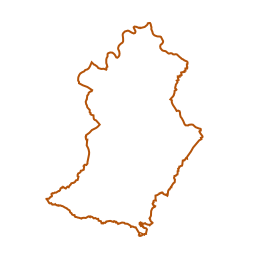 outline of Tha Maka, Kanchanaburi, Thailand, rotated 5°
{"feature_id": "78962969B86191185108320", "entity_name": "Tha Maka", "entity_type": "district", "adm_level": 2, "iso_a3": "THA", "parent_name": "Thailand", "parent_adm1": "Kanchanaburi", "projection": "albers", "projection_center": [99.774, 13.954], "detail": "fine", "context": "isolated", "style": "outline", "palette": "amber", "viewbox_px": 256, "rotation_deg": 5, "n_neighbors": 0, "source": "geoboundaries", "source_scale": "gbopen_adm2", "svg_char_len": 5795}
<svg xmlns="http://www.w3.org/2000/svg" viewBox="0 0 256 256"><g transform="rotate(5 128 128)"><path d="M200.6,122.8L200.3,122.5L198.8,122.3L195.3,121.3L192.4,119.1L190.8,119.0L188.5,119.5L187.7,120.2L185.1,120.3L183.9,119.1L182.5,116.3L180.7,113.6L179.4,112.2L178.5,109.3L178.6,108.6L177.9,106.8L176.4,106.3L175.0,106.8L173.6,104.7L170.8,101.2L169.9,99.7L169.3,98.3L169.3,96.6L167.7,95.8L168.8,94.2L170.3,92.4L170.4,91.8L170.9,91.0L170.8,90.4L171.2,89.4L171.2,86.8L171.6,86.4L172.4,86.2L172.9,85.6L172.4,84.9L171.5,84.2L171.5,83.2L171.8,82.2L171.9,80.6L173.3,78.2L173.3,77.5L172.5,76.5L174.2,75.7L173.2,73.4L173.1,72.3L174.9,72.5L174.8,71.5L175.9,71.3L175.8,70.9L176.8,70.5L176.1,68.1L177.4,67.6L178.5,67.5L178.7,67.2L179.4,67.2L179.4,66.1L180.3,65.9L180.0,63.7L180.8,63.5L181.0,63.7L181.6,63.6L181.5,62.8L181.8,62.7L181.6,61.5L181.3,61.3L181.1,59.4L181.5,59.3L181.7,59.0L181.6,57.3L180.8,56.5L178.2,55.7L177.2,55.0L175.3,54.3L174.6,53.6L173.3,52.8L170.4,50.5L169.2,50.3L167.7,50.7L166.5,50.7L165.6,50.0L164.9,49.8L163.8,49.8L162.8,50.2L162.1,50.3L161.4,50.0L159.0,48.3L158.2,48.1L156.4,48.0L155.3,47.6L153.4,45.7L152.9,43.7L153.3,42.2L154.3,41.4L154.9,40.6L155.4,39.4L155.4,38.4L152.9,34.4L152.1,34.1L149.4,34.2L148.4,34.0L146.3,33.4L145.0,32.4L144.4,31.5L144.0,30.2L142.6,27.5L142.6,25.8L142.4,25.1L141.9,24.0L141.6,22.7L140.8,21.5L140.0,21.5L138.6,22.0L138.6,22.6L138.1,23.6L135.8,25.9L131.5,27.4L131.3,27.0L130.2,27.1L130.0,27.3L127.6,26.5L125.6,26.4L124.9,27.1L124.9,27.5L127.0,30.9L127.0,31.7L126.7,32.7L125.5,33.3L123.5,32.7L120.4,31.2L119.4,31.0L116.5,32.1L115.0,33.9L114.6,35.0L114.6,35.9L115.3,39.1L115.6,41.9L115.5,42.4L115.0,43.5L113.7,44.5L112.4,45.9L111.6,47.2L111.2,49.1L111.3,50.1L112.6,52.5L113.1,54.6L113.0,56.6L112.2,58.0L111.3,58.9L110.2,58.7L108.4,56.1L107.2,55.1L105.9,54.3L103.7,54.3L102.0,55.1L101.4,55.6L101.2,56.3L101.4,58.5L100.6,60.3L100.4,61.8L100.7,65.2L101.5,67.0L102.1,68.8L101.2,69.6L101.4,71.4L101.2,71.8L98.7,71.1L96.2,71.5L93.2,70.9L92.0,69.5L89.5,68.0L88.6,67.8L86.1,65.7L84.7,70.0L83.6,72.1L82.3,73.2L80.3,74.0L79.5,75.3L77.3,76.6L75.7,77.9L74.9,79.3L74.1,81.8L74.1,83.4L74.2,85.1L75.2,86.4L75.3,87.7L79.3,89.4L84.0,90.7L89.0,93.4L88.6,94.5L88.1,94.6L87.2,95.1L85.8,96.3L85.7,97.7L85.2,98.6L84.6,99.2L84.5,102.9L84.3,102.9L83.6,105.6L84.3,108.0L85.0,108.9L85.7,111.0L88.3,113.4L88.5,115.8L89.5,116.4L89.5,117.6L90.6,118.1L92.5,118.4L92.9,121.0L93.3,122.1L94.1,122.8L95.5,123.2L98.4,125.9L99.5,127.1L97.8,129.3L96.4,130.6L92.2,133.2L90.0,136.1L86.8,138.9L86.8,139.8L87.0,140.3L86.6,140.6L87.1,142.6L87.6,143.2L88.5,143.1L88.5,144.1L88.2,144.3L88.4,145.1L88.4,149.0L90.0,151.5L90.7,153.1L91.4,155.5L91.5,157.6L90.6,165.5L90.7,167.0L89.7,168.5L88.4,168.3L87.9,168.5L87.2,169.6L87.5,169.7L87.7,170.4L87.5,172.2L87.6,173.3L85.9,174.4L84.7,174.7L84.5,176.0L83.8,176.8L82.3,177.7L82.1,178.6L81.9,179.0L82.0,180.4L82.9,180.8L82.4,184.1L80.6,184.8L80.0,186.3L79.2,186.8L78.7,187.4L78.2,187.4L76.4,188.0L75.8,189.4L75.2,189.9L75.1,190.3L74.6,190.9L74.1,192.2L72.8,191.7L72.0,192.6L71.3,193.7L70.4,193.4L68.4,192.3L68.0,193.1L67.4,192.9L66.1,194.1L65.7,195.9L64.9,196.8L64.4,196.8L61.9,198.7L60.7,198.7L59.5,199.6L58.4,199.5L57.5,200.5L58.2,202.3L58.0,202.8L56.6,203.6L55.6,205.2L53.0,205.7L53.1,206.1L53.7,206.4L56.0,209.6L56.5,209.9L58.0,209.6L58.1,210.0L59.0,210.4L59.3,210.9L61.7,210.6L62.1,210.2L62.6,210.7L63.7,211.0L63.9,211.2L65.4,211.0L65.5,211.5L67.6,211.0L68.7,211.5L69.6,211.5L72.3,212.8L74.1,213.4L74.6,214.0L77.0,215.2L77.8,217.1L79.1,217.8L79.8,219.0L81.3,219.6L82.3,219.4L82.9,220.9L83.3,221.2L84.4,221.2L85.8,221.6L87.1,221.7L89.6,222.3L90.0,221.7L91.7,221.3L93.8,221.3L96.3,219.5L97.9,220.1L98.1,219.3L100.2,219.8L101.8,221.0L103.2,220.5L104.9,221.3L106.2,221.1L106.8,222.9L109.1,223.2L110.0,225.3L111.4,225.2L111.3,224.7L111.8,224.5L113.6,224.5L114.0,223.8L114.5,223.5L114.6,223.0L118.3,222.1L119.3,222.2L120.0,222.5L121.7,222.8L122.2,222.0L123.0,222.1L124.0,223.1L124.6,222.6L125.8,223.8L126.4,223.8L126.6,224.4L130.3,222.7L132.6,222.8L133.3,223.5L135.9,223.5L137.1,224.1L139.2,225.2L139.5,226.3L141.3,225.7L143.2,226.4L144.3,226.3L147.7,231.0L148.6,231.6L148.2,233.4L148.8,233.5L148.8,234.4L149.4,234.5L151.0,233.9L152.0,232.8L151.6,232.3L153.5,232.9L153.8,232.1L155.2,231.9L155.1,231.4L155.7,227.3L155.2,226.8L154.5,226.2L152.9,226.2L152.5,225.8L152.2,225.8L151.7,225.5L151.7,224.8L151.1,224.7L150.9,224.1L149.4,224.6L148.6,223.5L148.7,223.0L148.4,222.2L147.9,222.3L147.9,221.5L148.7,221.0L149.1,221.8L149.9,221.5L150.1,222.4L150.8,222.4L151.5,222.2L151.8,221.9L152.4,221.9L153.3,221.3L154.4,222.1L156.5,222.6L157.5,222.5L158.1,223.0L158.5,222.3L159.1,222.0L159.6,221.4L160.2,221.0L160.7,220.5L160.7,220.2L159.0,219.1L157.9,217.4L157.7,216.9L157.9,216.7L157.3,216.1L157.9,215.0L158.5,213.4L158.3,208.7L159.0,206.5L159.3,205.8L160.3,205.0L160.5,204.4L161.4,204.4L161.9,203.5L159.7,202.4L159.1,201.3L159.9,200.1L159.6,199.9L159.9,198.3L160.6,197.9L162.1,197.8L161.6,196.2L161.3,192.9L162.7,192.4L165.3,190.6L165.2,190.3L166.1,189.9L166.8,189.4L167.3,189.7L168.0,189.3L169.2,190.7L171.4,191.4L171.8,191.0L172.4,191.7L173.1,192.1L173.3,191.6L173.5,187.2L174.0,186.0L174.3,185.5L174.8,185.5L175.8,183.1L176.4,183.2L176.6,181.7L178.0,179.1L179.2,178.1L179.3,176.5L179.1,175.4L179.2,175.2L178.4,174.2L178.2,173.6L178.5,172.1L178.5,171.7L179.7,171.5L180.4,170.4L181.3,170.0L181.4,168.6L181.2,166.7L182.0,166.3L181.5,164.2L182.2,163.9L182.5,162.0L183.1,162.0L183.8,161.3L185.1,160.8L185.3,159.8L185.4,155.7L186.1,155.7L186.6,155.5L186.7,155.1L187.2,155.1L188.4,152.9L189.5,153.3L189.3,152.0L189.4,151.6L192.7,146.0L194.6,141.8L200.0,134.1L202.1,132.7L201.5,131.4L202.5,131.0L203.0,130.5L203.0,130.0L202.7,129.4L200.6,127.1L199.4,125.3L199.4,125.1L199.7,124.7L200.7,124.2L200.5,123.0L200.6,122.8Z" fill="none" stroke="#b45309" stroke-width="2"/></g></svg>